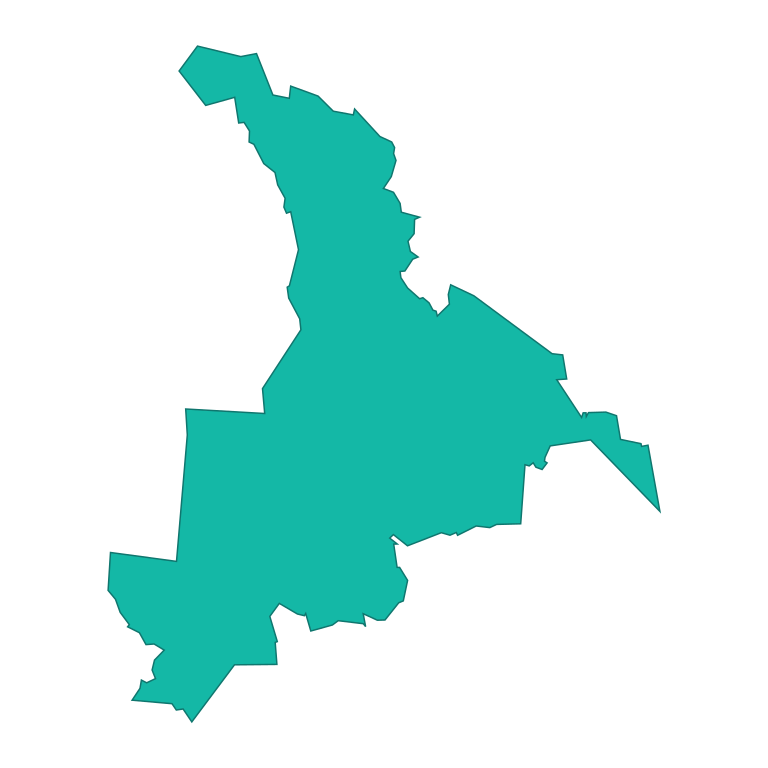 Ahualulco, San Luis Potosí, Mexico
{"feature_id": "50627088B61633980721987", "entity_name": "Ahualulco", "entity_type": "district", "adm_level": 2, "iso_a3": "MEX", "parent_name": "Mexico", "parent_adm1": "San Luis Potosí", "projection": "natural_earth1", "projection_center": [-101.253, 22.473], "detail": "medium", "context": "isolated", "style": "filled", "palette": "teal", "viewbox_px": 768, "rotation_deg": 0, "n_neighbors": 0, "source": "geoboundaries", "source_scale": "gbopen_adm2", "svg_char_len": 1923}
<svg xmlns="http://www.w3.org/2000/svg" viewBox="0 0 768 768"><path d="M552.1,353.7L473.9,295.8L450.7,284.8L448.3,294.5L449.4,304.2L437.3,316.1L436.1,311.2L432.9,310.1L429.1,302.9L422.9,297.7L419.6,298.7L407.6,288.0L400.9,277.7L400.1,271.5L404.9,271.0L412.7,259.2L418.1,257.0L410.4,251.5L408.0,241.2L414.1,233.7L414.6,219.4L419.6,217.2L401.3,212.2L400.1,203.4L393.5,192.3L383.4,188.5L391.3,176.6L396.0,160.4L393.6,153.6L394.6,147.6L391.7,142.0L379.9,136.5L354.6,109.0L353.3,114.9L333.3,111.2L318.1,96.1L290.7,86.1L289.3,98.3L272.9,95.0L256.5,53.6L240.8,56.6L197.5,46.1L179.1,71.0L205.7,105.4L234.7,97.3L238.7,123.0L244.1,122.4L249.5,131.0L249.1,142.0L253.9,144.3L263.8,163.6L275.0,172.5L277.7,184.9L285.1,198.3L283.9,207.1L286.5,213.2L290.7,211.7L298.5,249.7L289.4,285.8L287.2,287.2L288.7,298.1L299.7,318.8L300.9,329.8L262.5,388.6L264.7,413.5L185.7,409.0L187.3,435.0L176.5,561.4L110.5,552.5L108.1,590.4L115.5,599.3L120.2,612.4L129.3,624.6L127.6,626.8L139.4,632.7L146.0,644.6L154.1,644.0L164.2,650.1L154.5,660.1L152.1,670.0L155.5,678.6L146.7,682.8L141.4,680.1L140.0,688.3L132.1,700.2L172.0,703.7L176.3,710.0L183.1,709.0L191.8,721.9L234.5,664.8L276.9,664.4L275.2,642.4L277.3,641.6L269.8,616.4L279.3,603.4L297.4,614.0L304.4,615.7L305.7,613.5L310.8,631.0L332.4,625.0L338.2,620.7L363.3,623.7L365.6,626.6L363.2,613.7L377.3,620.2L385.0,620.0L398.7,602.8L403.3,600.9L407.6,580.4L399.6,567.4L397.1,567.4L393.7,544.1L397.2,544.0L389.7,538.1L393.4,534.6L407.5,545.8L441.3,532.7L450.0,535.2L456.3,532.5L457.6,535.3L476.2,526.0L489.8,527.6L496.6,524.4L520.7,523.8L525.0,464.7L529.2,465.9L533.2,462.8L535.9,467.2L542.1,469.5L547.1,462.9L544.5,461.2L545.0,457.4L550.2,445.9L590.6,439.9L659.9,511.4L648.0,445.2L641.6,446.4L641.0,443.7L620.5,439.4L616.5,415.7L605.9,412.1L588.5,412.6L586.3,416.5L586.0,412.8L583.2,412.8L581.6,417.5L556.7,379.7L566.7,379.0L562.7,354.9L552.1,353.7Z" fill="#14b8a6" stroke="#0f766e" stroke-width="1.5"/></svg>